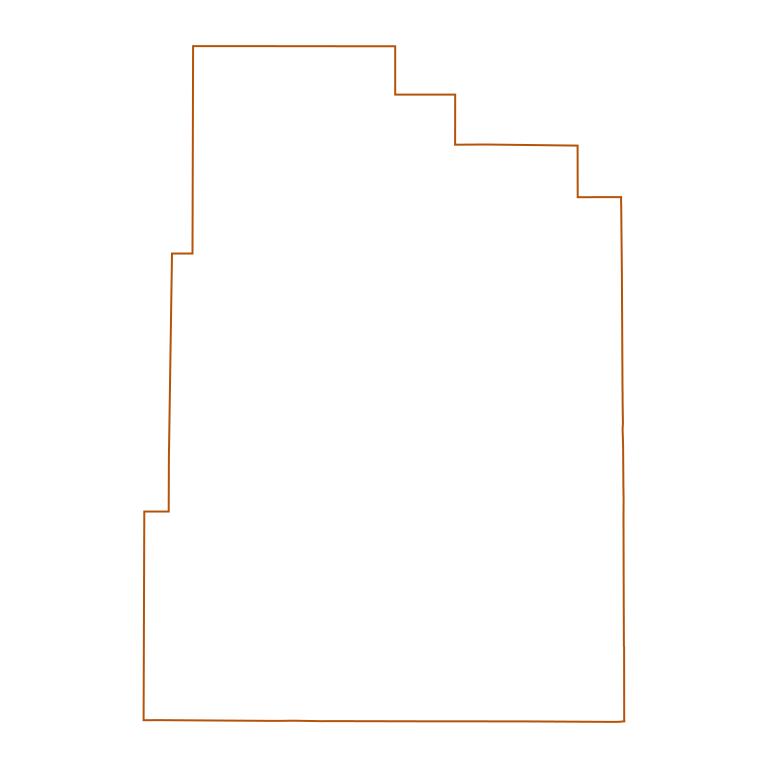 Carter, Montana, United States of America
{"feature_id": "52423323B60949778824186", "entity_name": "Carter", "entity_type": "district", "adm_level": 2, "iso_a3": "USA", "parent_name": "United States of America", "parent_adm1": "Montana", "projection": "robinson", "projection_center": [-104.408, 45.567], "detail": "fine", "context": "isolated", "style": "outline", "palette": "amber", "viewbox_px": 768, "rotation_deg": 0, "n_neighbors": 0, "source": "geoboundaries", "source_scale": "gbopen_adm2", "svg_char_len": 710}
<svg xmlns="http://www.w3.org/2000/svg" viewBox="0 0 768 768"><path d="M143.6,720.2L149.8,720.2L152.7,720.2L153.2,720.1L275.0,720.9L277.6,720.9L293.7,720.7L323.1,721.2L323.7,721.1L416.9,721.3L417.0,721.3L522.9,721.4L615.5,721.9L619.1,721.8L624.4,721.3L624.2,720.0L624.1,646.8L623.9,646.2L623.7,594.1L623.5,521.1L623.5,515.5L623.6,498.4L623.4,486.9L623.1,445.9L622.6,429.2L622.9,423.7L622.9,421.7L622.6,400.5L622.6,393.7L622.5,389.4L621.9,275.4L621.2,205.2L621.1,203.1L621.1,197.1L577.7,197.2L577.6,145.6L485.1,144.5L455.1,144.7L455.2,94.6L395.2,94.6L395.2,46.3L218.7,46.1L193.1,46.1L192.5,253.5L172.0,253.5L168.9,457.7L168.7,511.5L144.3,511.5L143.6,720.2Z" fill="none" stroke="#b45309" stroke-width="2"/></svg>